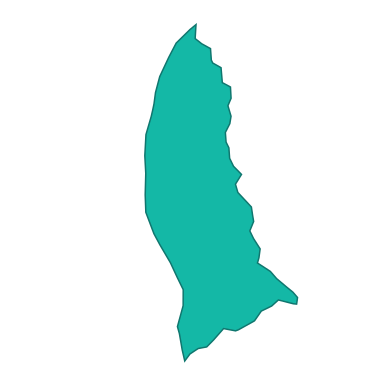 Akapnou, Limassol, Cyprus, rotated 244°
{"feature_id": "46923920B88661960336096", "entity_name": "Akapnou", "entity_type": "district", "adm_level": 2, "iso_a3": "CYP", "parent_name": "Cyprus", "parent_adm1": "Limassol", "projection": "mercator", "projection_center": [33.196, 34.842], "detail": "fine", "context": "isolated", "style": "filled", "palette": "teal", "viewbox_px": 384, "rotation_deg": 244, "n_neighbors": 0, "source": "geoboundaries", "source_scale": "gbopen_adm2", "svg_char_len": 1056}
<svg xmlns="http://www.w3.org/2000/svg" viewBox="0 0 384 384"><g transform="rotate(244 192 192)"><path d="M45.4,236.9L50.9,240.6L57.7,238.8L65.5,235.2L77.0,230.1L86.3,227.6L99.5,219.7L103.5,223.3L111.0,228.3L123.2,226.9L131.7,226.9L138.5,234.5L144.6,236.3L152.5,238.8L171.5,233.0L180.0,234.5L186.1,244.2L196.9,240.6L205.8,240.6L215.5,244.5L221.9,244.5L230.9,248.1L236.9,256.0L243.0,260.3L253.8,262.1L259.1,268.2L269.5,272.6L277.0,267.2L291.0,272.6L298.8,267.2L302.1,267.2L312.8,271.5L315.3,269.7L321.0,265.7L328.5,262.1L338.8,267.9L340.7,269.0L338.9,261.4L332.8,243.1L326.6,234.7L323.2,230.1L309.9,213.6L297.4,202.8L287.9,196.5L283.0,192.7L277.8,188.5L263.8,175.8L245.3,165.5L229.0,158.6L210.0,148.7L194.0,141.6L171.1,139.5L158.7,140.0L137.9,141.6L121.8,141.3L108.1,141.3L93.7,134.2L77.4,119.9L70.3,118.6L65.8,117.3L54.5,114.0L43.3,111.4L47.3,119.1L48.1,125.0L48.6,129.0L46.3,137.3L49.6,146.6L55.4,160.5L48.1,170.3L47.8,173.3L48.8,191.7L54.6,202.1L54.6,213.7L57.1,222.3L47.1,234.1L45.4,236.9Z" fill="#14b8a6" stroke="#0f766e" stroke-width="1.5"/></g></svg>